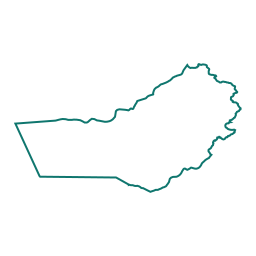 the district of Caille Des, Dauphin, Saint Lucia
{"feature_id": "8701671B89602605916522", "entity_name": "Caille Des", "entity_type": "district", "adm_level": 2, "iso_a3": "LCA", "parent_name": "Saint Lucia", "parent_adm1": "Dauphin", "projection": "mercator", "projection_center": [-60.881, 13.983], "detail": "fine", "context": "isolated", "style": "outline", "palette": "teal", "viewbox_px": 256, "rotation_deg": 0, "n_neighbors": 0, "source": "geoboundaries", "source_scale": "gbopen_adm2", "svg_char_len": 5799}
<svg xmlns="http://www.w3.org/2000/svg" viewBox="0 0 256 256"><path d="M15.4,123.6L39.5,176.0L40.1,176.7L116.1,177.5L128.8,184.6L128.8,184.9L129.3,184.7L130.3,185.1L131.3,185.2L132.8,185.2L133.5,185.5L134.8,185.9L136.1,186.0L137.3,185.8L139.2,186.4L140.3,187.1L141.2,187.9L142.0,188.1L143.0,188.1L147.5,190.4L150.4,191.8L151.8,191.3L154.0,190.6L155.6,189.9L157.8,189.9L159.5,189.1L160.7,188.7L163.0,187.4L163.8,187.3L165.9,186.3L166.3,185.9L167.0,184.8L167.6,184.1L169.0,182.0L169.8,178.9L171.0,177.7L171.6,177.5L172.3,177.1L173.2,176.9L175.4,176.8L176.1,176.8L176.9,176.6L178.0,176.1L179.5,175.1L180.4,174.2L181.2,173.1L181.5,172.6L182.1,171.3L182.8,170.2L183.6,169.0L183.9,168.8L184.1,168.7L184.3,168.6L185.1,168.6L185.7,169.0L186.2,169.2L186.5,169.5L187.4,169.8L189.2,168.9L190.3,168.2L190.6,167.9L190.9,167.7L191.6,167.7L193.3,168.2L194.8,168.6L195.7,168.7L196.4,168.7L197.4,168.4L198.4,168.0L199.0,167.6L199.7,167.0L200.2,166.4L200.5,166.0L201.1,165.1L201.7,163.8L201.9,163.4L202.5,162.7L204.0,161.4L205.4,160.0L207.8,158.5L208.8,158.1L209.6,157.0L210.1,156.3L211.4,154.8L210.3,154.1L209.6,152.7L208.6,151.5L208.5,151.1L208.5,150.3L208.6,149.8L209.0,149.4L210.7,148.3L211.1,147.8L211.7,146.5L212.2,145.8L212.9,145.3L213.0,145.1L213.1,144.8L213.1,144.2L213.2,143.9L213.4,143.6L213.4,143.4L213.4,143.2L213.1,143.0L213.0,142.7L213.1,142.2L213.6,141.1L214.1,140.6L214.6,140.3L214.8,140.4L214.9,140.8L215.1,140.8L215.5,140.5L215.8,140.1L216.4,139.6L216.6,139.6L216.9,139.3L217.2,138.2L217.2,137.5L217.4,137.4L217.6,137.4L217.9,137.7L218.3,137.7L218.5,137.5L219.0,136.8L219.3,136.8L219.4,137.0L219.4,137.3L219.5,137.6L219.8,137.7L220.0,137.8L220.3,137.8L220.6,137.6L220.9,138.1L221.1,138.2L221.4,138.3L221.6,138.4L222.0,138.9L222.3,139.0L223.2,139.4L223.7,139.4L224.6,139.0L224.9,138.8L225.5,137.8L226.0,137.4L226.4,137.2L226.7,137.1L227.0,137.3L227.2,137.2L227.5,137.0L228.0,136.0L228.3,135.9L229.3,135.8L229.6,135.7L229.9,135.5L230.5,134.8L231.0,134.4L232.5,134.0L233.2,133.4L233.5,133.2L234.5,132.5L234.4,132.3L234.3,132.2L234.2,132.1L234.8,131.2L234.8,130.8L235.0,130.3L235.1,130.1L234.6,129.8L234.3,129.7L233.7,129.7L232.6,129.9L231.1,129.9L230.3,129.7L229.0,129.4L227.6,128.8L227.1,128.2L226.8,127.9L226.1,127.6L225.7,127.2L225.4,126.4L225.4,126.0L225.3,125.6L225.4,125.1L225.6,124.6L225.9,124.2L226.2,123.9L226.7,123.6L227.1,123.4L227.5,123.3L228.0,123.3L228.4,123.3L228.6,123.3L228.8,123.1L228.9,122.9L228.9,122.6L229.1,122.3L230.3,122.2L229.8,121.9L229.6,121.8L229.7,121.7L229.9,121.6L230.0,121.5L230.1,121.4L229.9,120.9L229.8,120.4L230.1,120.2L230.3,120.2L230.6,120.3L230.8,120.3L231.3,119.9L231.7,119.9L232.1,119.6L232.4,119.3L233.4,118.6L233.7,118.2L233.9,117.9L234.6,117.7L235.0,117.0L235.2,116.5L235.8,115.3L235.9,114.7L235.8,114.2L235.6,113.8L235.8,113.4L236.4,112.9L236.7,112.3L236.9,111.9L237.1,111.8L237.5,111.6L238.2,111.3L238.7,111.2L238.9,111.1L239.1,110.6L239.7,109.8L239.9,109.7L240.1,109.6L240.4,109.5L240.5,109.4L240.6,108.7L240.6,108.4L240.5,108.1L240.3,108.0L239.9,107.9L239.3,107.0L238.5,106.0L238.2,105.5L237.9,104.9L237.9,104.6L238.0,104.1L237.9,103.9L237.7,103.7L237.2,103.6L236.8,103.0L236.2,102.6L235.9,102.5L234.7,102.3L233.6,102.3L232.7,101.9L232.6,101.7L232.9,101.2L232.7,100.8L231.2,99.9L230.9,99.5L231.0,97.5L231.0,97.3L231.3,97.0L232.7,96.4L233.0,96.2L233.2,95.9L233.6,95.2L233.8,94.7L233.8,94.4L233.5,94.2L233.4,94.0L233.5,93.8L234.8,93.2L235.9,92.8L236.1,92.9L236.7,92.7L237.0,92.5L237.2,92.2L237.2,91.9L237.0,91.7L236.4,91.3L236.1,90.5L235.0,89.5L234.7,89.0L234.7,88.7L235.1,86.8L235.1,86.5L235.0,86.3L234.8,86.2L234.6,86.2L234.4,86.1L233.3,85.6L232.8,85.3L232.2,84.8L231.4,83.6L230.1,83.0L229.7,83.0L229.1,83.0L228.7,82.9L228.3,82.6L226.6,82.4L226.2,82.2L225.8,82.0L224.4,81.9L224.0,81.7L223.0,81.6L221.9,81.9L221.4,82.2L221.0,82.5L219.7,82.4L219.1,81.9L218.6,81.6L218.1,81.4L217.1,81.0L216.8,80.7L216.4,80.2L216.1,79.6L215.5,78.8L215.2,78.5L214.4,78.0L214.3,77.7L214.4,77.4L214.8,76.9L215.0,76.8L216.0,76.5L216.2,76.3L216.1,76.0L215.7,75.5L215.5,75.4L215.0,75.6L213.9,75.1L213.5,75.0L212.9,74.9L211.3,74.9L210.6,74.6L209.5,74.3L209.2,74.1L208.9,73.8L208.8,73.6L208.7,72.2L208.7,71.0L208.8,70.7L209.1,69.9L209.2,69.6L209.2,69.2L209.1,68.9L208.4,68.3L206.9,67.1L206.9,66.9L206.8,66.6L206.8,65.5L206.7,65.4L206.0,65.0L205.5,64.8L205.1,64.7L203.0,64.4L202.0,64.6L201.5,64.9L201.2,64.9L200.7,64.8L199.2,64.2L198.9,64.2L198.6,64.2L198.2,64.9L198.2,65.2L198.5,65.5L198.5,65.8L198.2,66.3L197.8,66.6L197.2,66.8L196.9,67.4L196.0,67.6L195.4,67.9L194.9,67.9L191.9,67.8L191.3,67.8L190.4,68.0L189.2,67.3L188.6,66.8L188.4,66.5L187.7,66.1L187.6,65.9L187.5,65.3L187.3,65.0L183.5,70.3L182.2,73.4L181.6,74.1L181.2,74.4L180.8,74.6L179.3,75.1L178.4,75.3L176.7,75.8L176.3,76.1L175.0,76.5L173.3,77.4L172.8,77.6L172.6,77.9L171.5,79.1L170.7,79.8L170.3,80.2L169.9,80.5L169.0,80.9L168.0,81.6L166.0,82.6L162.4,84.0L161.5,84.2L160.9,84.4L160.2,84.9L158.8,86.2L157.6,87.0L156.7,87.4L156.2,87.6L155.9,87.9L155.1,88.6L154.7,89.0L154.2,89.8L153.7,91.1L153.3,92.4L153.2,92.9L153.1,93.3L153.2,94.1L153.2,94.4L153.1,94.5L151.1,95.0L150.6,95.2L149.3,95.6L148.4,96.0L147.6,96.5L146.9,97.2L146.0,98.2L145.6,98.4L137.3,101.0L136.6,102.6L135.5,104.3L135.0,105.1L134.8,105.8L134.5,106.0L133.9,107.1L133.6,107.9L133.4,108.5L133.2,108.7L133.0,108.9L132.6,109.0L132.0,108.9L131.6,108.7L131.3,108.5L131.0,108.5L130.6,108.6L130.0,109.1L129.3,109.9L128.3,110.4L127.3,110.1L125.3,109.8L121.9,109.5L119.4,109.3L117.2,109.9L115.9,111.2L115.4,114.5L115.0,116.8L112.8,119.3L110.9,120.6L109.4,121.2L107.1,121.7L104.9,121.8L102.3,121.3L99.2,120.7L96.9,120.4L94.4,119.1L91.8,118.8L90.1,120.0L87.9,122.0L86.9,122.5L84.6,122.5L82.5,121.3L80.2,120.2L76.7,119.7L73.8,119.6L71.6,119.9L68.3,119.9L65.7,119.2L62.7,119.0L60.7,119.3L58.6,119.8L55.6,120.6L15.4,123.6Z" fill="none" stroke="#0f766e" stroke-width="2"/></svg>